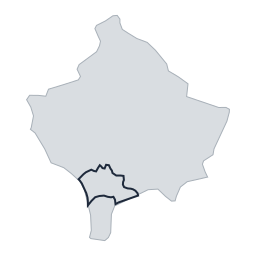 location of Prizren within Kosovo
{"feature_id": "KOS-5908", "entity_name": "Prizren", "entity_type": "District", "adm_level": 1, "iso_a3": "XKX", "parent_name": "Kosovo", "parent_adm1": "", "projection": "orthographic", "projection_center": [20.721, 42.201], "detail": "fine", "context": "in_parent", "style": "outline", "palette": "slate", "viewbox_px": 256, "rotation_deg": 0, "n_neighbors": 0, "source": "natural_earth", "source_scale": "10m", "svg_char_len": 1536}
<svg xmlns="http://www.w3.org/2000/svg" viewBox="0 0 256 256"><path d="M63.7,84.6L78.3,79.9L80.5,76.5L77.1,69.2L79.1,64.6L96.6,51.7L99.5,45.8L100.5,41.2L98.2,36.3L94.9,28.6L96.5,25.4L105.5,20.9L112.9,15.8L117.2,15.4L119.9,19.1L119.9,22.9L122.3,29.4L127.7,32.9L136.8,38.5L147.2,42.4L155.4,50.2L166.7,64.0L168.4,70.9L178.6,77.0L188.0,83.8L186.6,96.6L218.7,107.5L225.9,107.4L229.4,109.3L229.3,112.2L226.9,121.2L214.0,148.9L213.0,154.7L203.6,160.8L202.4,164.2L205.1,171.8L207.6,177.1L207.4,177.1L187.2,181.7L180.4,187.0L176.4,196.2L175.1,200.9L171.5,201.1L165.5,196.4L157.9,189.1L148.1,189.7L114.7,205.9L111.4,214.3L110.7,232.6L108.4,237.5L104.8,240.6L90.9,238.6L89.5,237.4L91.3,230.4L90.6,215.1L84.4,189.8L80.0,181.4L70.9,173.2L63.8,167.7L51.1,162.8L44.7,148.9L35.1,133.0L30.4,129.3L31.2,127.8L33.5,115.9L30.8,107.1L26.6,99.7L29.6,95.3L38.5,95.4L45.8,96.2L48.5,89.2L63.7,84.6Z" fill="#d9dde1" stroke="#a8b0b8" stroke-width="1"/><path d="M87.9,205.4L87.8,200.3L87.5,197.5L86.3,193.2L81.8,183.4L79.6,180.3L78.6,179.2L83.5,174.2L86.0,172.2L91.3,169.7L94.0,171.0L96.1,171.4L97.9,168.1L99.8,165.2L101.3,166.5L102.5,168.1L104.6,168.5L106.1,164.8L108.9,165.2L110.4,168.5L111.9,170.6L112.5,173.0L116.2,175.5L120.4,175.5L123.5,175.9L123.9,180.0L123.1,182.0L122.9,184.6L124.1,187.1L127.6,188.4L130.9,188.7L133.0,189.3L135.4,190.7L137.6,193.3L138.1,195.6L129.7,198.5L118.6,202.4L115.5,204.1L115.0,199.7L113.4,196.8L111.0,197.3L107.7,196.8L104.0,195.6L99.4,196.0L95.2,197.2L91.5,200.9L87.9,205.4Z" fill="none" stroke="#1e293b" stroke-width="2"/></svg>